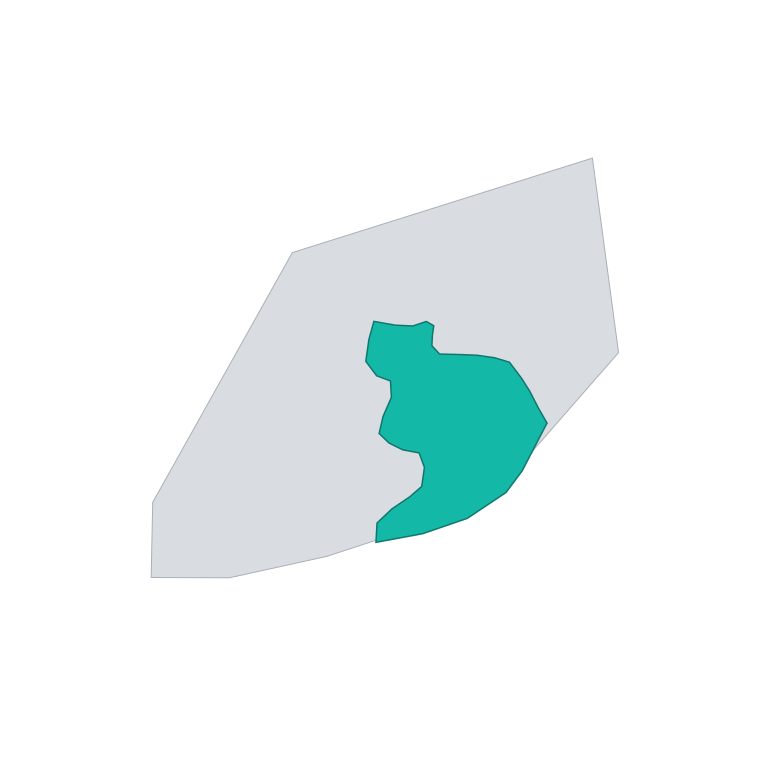 North West highlighted on a map of Singapore, rotated 143°
{"feature_id": "SGP-4873", "entity_name": "North West", "entity_type": "state/province", "adm_level": 1, "iso_a3": "SGP", "parent_name": "Singapore", "parent_adm1": "", "projection": "albers", "projection_center": [103.808, 1.387], "detail": "fine", "context": "in_parent", "style": "filled", "palette": "teal", "viewbox_px": 768, "rotation_deg": 143, "n_neighbors": 0, "source": "natural_earth", "source_scale": "10m", "svg_char_len": 784}
<svg xmlns="http://www.w3.org/2000/svg" viewBox="0 0 768 768"><g transform="rotate(143 384 384)"><path d="M639.9,428.7L378.1,544.1L81.6,439.0L177.8,267.9L374.7,226.6L533.7,280.9L624.3,322.4L686.4,369.6L639.9,428.7Z" fill="#d9dde1" stroke="#a8b0b8" stroke-width="1"/><path d="M277.3,254.7L325.9,231.5L351.9,223.9L398.4,226.6L443.2,241.2L485.7,262.4L473.2,277.2L452.8,279.5L431.3,278.4L415.5,279.5L401.9,293.1L397.4,307.8L408.7,320.2L415.5,333.8L417.7,347.4L404.2,358.7L386.1,368.9L377.0,382.5L384.9,394.9L384.9,413.0L369.1,428.8L354.4,440.1L339.7,424.3L326.1,413.0L312.6,408.5L309.2,400.6L316.0,393.8L322.7,385.8L321.6,374.5L304.6,361.0L292.2,350.8L279.8,338.3L270.7,325.9L270.7,305.5L271.9,290.8L275.2,271.6L277.3,254.7Z" fill="#14b8a6" stroke="#0f766e" stroke-width="1.5"/></g></svg>